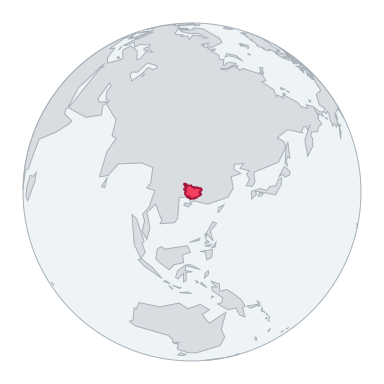 Guangxi highlighted on a globe, orthographic projection, rotated 32°
{"feature_id": "CHN-1152", "entity_name": "Guangxi", "entity_type": "Autonomous Region", "adm_level": 1, "iso_a3": "CHN", "parent_name": "China", "parent_adm1": "", "projection": "orthographic", "projection_center": [108.679, 23.706], "detail": "fine", "context": "on_globe", "style": "filled", "palette": "rose", "viewbox_px": 384, "rotation_deg": 32, "n_neighbors": 0, "source": "natural_earth", "source_scale": "10m", "svg_char_len": 15073}
<svg xmlns="http://www.w3.org/2000/svg" viewBox="0 0 384 384"><g transform="rotate(32 192 192)"><circle cx="192" cy="192" r="169" fill="#eef3f6" stroke="#a8b0b8"/><path d="M345.8,255.7L345.5,256.7L345.4,256.9L345.8,255.7ZM279.9,47.7L271.3,44.2L271.7,48.7L277.4,53.4L271.8,50.3L286.4,61.8L290.2,68.6L282.4,59.1L279.0,56.9L279.8,60.3L276.5,58.7L275.0,59.7L270.9,57.8L266.7,52.9L264.0,51.8L264.7,54.3L261.1,54.3L260.4,50.7L254.0,50.6L245.8,43.6L247.2,37.4L239.2,33.8L231.6,28.5L228.9,28.1L224.3,26.6L219.4,25.8L219.4,25.5L215.5,25.2L216.5,25.6L215.1,25.7L212.3,25.4L211.8,24.8L213.1,24.9L211.5,24.6L212.4,24.6L210.4,24.4L210.1,24.1L206.3,24.1L202.6,23.6L203.5,23.5L208.8,23.9L212.1,24.2L224.0,26.1L235.7,28.8L247.2,32.3L258.5,36.7L269.4,41.8L279.9,47.7ZM351.1,135.5L349.8,132.3L350.2,133.1L351.1,135.5ZM349.2,131.3L349.6,132.2L349.3,131.6L349.2,131.3ZM349.1,131.5L349.2,131.4L349.3,131.9L349.1,131.5ZM349.2,132.2L349.1,131.7L349.1,131.9L349.2,132.2ZM348.7,132.3L348.5,132.2L348.3,131.4L348.7,132.3ZM279.9,48.2L278.1,47.0L281.6,48.9L281.6,49.0L279.9,48.2ZM282.3,57.3L281.4,55.6L283.4,57.9L282.3,57.3ZM275.5,60.2L276.8,61.3L275.5,61.3L275.5,60.2ZM268.0,58.6L265.4,58.6L267.3,57.7L268.0,58.6ZM209.7,24.0L209.5,23.9L209.1,23.9L209.7,24.0ZM263.4,58.1L257.3,58.8L259.7,61.0L249.5,55.4L258.1,56.4L260.0,54.8L260.9,56.8L263.4,58.1ZM218.0,25.9L216.8,25.4L220.3,26.2L218.0,25.9ZM220.6,26.4L233.4,29.6L233.7,30.5L229.3,29.1L231.8,30.9L225.6,29.7L222.9,28.5L223.9,28.1L220.8,28.1L220.6,26.4ZM244.8,52.5L242.7,52.1L244.1,51.6L244.8,52.5ZM214.8,25.8L217.4,26.2L217.8,27.0L212.8,26.4L214.2,26.3L214.8,25.8ZM235.4,32.1L234.9,32.7L229.7,31.9L228.8,32.2L225.5,29.8L235.4,32.1ZM212.7,26.0L210.2,26.1L207.4,25.6L212.3,25.5L212.7,26.0ZM220.0,27.6L220.0,28.0L218.4,27.5L220.0,27.6ZM196.3,24.2L199.3,24.3L199.8,24.7L196.3,24.2ZM209.4,26.2L210.4,26.4L210.9,26.7L208.7,26.7L209.4,26.2ZM222.1,29.6L220.1,29.2L223.2,30.5L219.5,30.2L217.9,28.8L217.0,29.3L215.9,29.2L215.9,28.2L222.1,29.6ZM208.1,27.5L204.9,26.1L199.1,25.6L198.5,25.1L207.9,26.1L208.1,27.5ZM212.7,28.0L209.7,27.6L210.5,27.1L213.0,27.1L212.7,28.0ZM217.5,30.6L223.6,31.4L223.7,31.7L217.5,30.6ZM206.3,27.4L207.1,27.8L205.8,27.4L206.3,27.4ZM213.9,29.6L216.0,29.8L216.1,30.1L213.9,29.6ZM207.0,28.6L205.9,28.0L207.6,27.9L207.0,28.6ZM210.0,29.1L209.6,29.6L208.8,28.2L211.0,29.1L210.0,29.1ZM213.6,29.9L214.4,30.2L212.7,29.8L213.6,29.9ZM201.2,29.5L199.8,27.8L203.5,27.5L204.4,29.1L201.2,29.5ZM61.9,84.2L59.4,89.5L58.1,91.9L53.1,97.8L46.1,114.4L50.2,110.9L49.3,123.0L52.1,127.6L62.7,116.0L58.1,108.1L62.7,100.5L70.7,101.4L75.5,109.2L77.4,106.5L78.9,96.9L84.6,94.5L79.9,93.4L78.4,96.9L75.4,96.6L76.6,93.4L78.6,92.5L78.4,89.4L69.1,95.1L66.6,99.4L63.4,95.6L58.8,102.5L56.3,103.8L63.1,92.7L65.9,89.8L74.6,76.6L71.3,79.2L62.9,92.0L63.5,90.0L59.0,94.4L62.9,89.5L73.0,75.6L73.1,73.0L66.6,78.8L80.7,64.9L77.9,67.7L81.6,64.7L89.5,58.1L87.3,60.3L89.9,58.4L88.6,60.3L93.5,58.4L93.3,60.2L101.7,55.6L102.7,56.1L97.4,58.5L93.6,61.5L93.7,66.8L95.6,66.7L101.1,63.5L100.5,65.7L105.7,62.0L109.0,64.1L109.5,58.6L115.9,55.5L121.4,55.0L123.6,53.2L114.6,54.0L111.0,55.4L107.7,58.0L97.9,61.7L96.4,60.9L107.1,53.7L106.2,52.0L114.9,47.9L133.7,47.0L138.3,49.2L132.1,59.0L127.3,60.0L127.1,56.7L121.3,62.5L124.6,60.7L124.1,62.8L130.1,60.9L130.0,62.4L136.0,58.4L136.5,60.0L132.7,62.4L142.1,61.8L145.0,64.9L147.2,64.1L148.7,62.4L151.3,67.8L152.8,67.1L152.5,64.9L155.3,62.1L161.2,59.5L161.8,61.5L159.7,62.7L156.3,68.6L150.8,72.0L151.6,72.6L156.6,70.2L160.7,62.9L164.1,60.8L162.8,64.1L163.5,62.7L165.4,62.4L167.8,64.0L169.5,60.4L189.3,55.3L195.9,58.5L192.6,61.7L207.0,61.9L213.4,66.5L213.1,64.4L219.8,63.8L217.9,62.2L218.2,61.2L234.6,60.1L238.9,61.8L245.6,59.9L245.5,58.9L242.7,57.5L249.5,55.4L259.7,61.0L259.5,62.8L266.0,65.5L264.7,69.5L266.6,74.4L261.4,77.8L263.3,81.8L265.7,82.5L270.1,88.8L271.1,100.3L260.0,87.9L256.4,72.3L257.0,78.1L253.8,76.1L252.1,77.8L252.7,82.3L254.7,83.2L240.0,88.5L235.5,100.8L243.2,100.5L247.9,104.7L249.5,121.0L234.0,142.5L240.0,150.2L240.2,155.2L234.6,158.0L234.2,150.7L228.7,147.9L229.3,143.7L220.2,146.5L220.6,140.6L213.3,146.1L215.8,151.0L223.7,150.3L217.2,158.2L224.9,167.0L225.5,177.1L211.6,194.2L197.8,198.8L196.9,201.9L191.6,197.9L184.2,203.6L193.9,222.1L193.5,227.2L181.7,235.9L181.5,232.1L167.5,221.5L164.6,233.3L175.2,244.4L178.9,256.2L170.6,251.8L166.9,241.3L162.0,237.2L163.5,226.9L159.7,210.6L151.4,212.5L152.2,206.2L145.8,192.0L133.9,194.0L114.8,207.1L111.9,222.7L105.5,228.1L98.5,202.8L99.4,186.8L94.4,186.7L89.3,171.0L73.3,163.1L73.2,158.5L69.7,158.8L66.5,152.3L67.3,144.9L64.4,143.5L62.7,162.9L66.2,164.6L72.2,160.4L70.9,166.8L74.3,174.6L62.4,184.9L42.3,186.0L44.2,173.8L48.6,135.7L50.6,132.8L50.8,132.4L51.1,131.6L47.6,136.0L49.7,129.0L43.2,153.7L40.4,163.4L42.0,186.5L40.9,187.6L42.6,193.2L52.5,195.4L51.7,199.2L44.7,213.5L34.3,228.3L37.9,245.7L40.9,258.7L39.3,262.1L44.4,273.1L44.2,273.9L47.5,279.6L41.6,269.0L36.4,257.8L32.0,246.3L28.5,234.6L25.8,222.6L24.0,210.4L23.2,198.1L23.2,185.8L24.0,173.6L25.8,161.4L28.5,149.4L32.0,137.6L36.4,126.1L41.6,115.0L47.6,104.3L54.4,94.0L61.9,84.2ZM76.7,125.0L82.1,129.7L86.4,119.7L88.8,120.8L89.4,117.2L86.7,118.9L89.0,109.5L93.8,109.1L96.6,105.3L94.9,103.6L85.8,106.1L82.3,119.3L78.2,121.6L76.7,125.0ZM105.4,47.9L102.7,49.7L100.0,51.2L100.4,50.3L104.4,48.0L105.4,47.9ZM99.6,52.1L110.1,46.1L110.3,46.8L108.4,47.4L107.5,48.5L104.2,49.7L94.2,56.9L91.1,58.7L93.5,55.2L94.4,55.1L96.9,53.1L99.6,52.1ZM136.5,33.4L141.0,32.0L135.5,35.3L131.9,36.4L132.0,35.2L136.4,33.3L136.5,33.4ZM196.4,23.1L198.5,23.2L197.0,23.2L196.4,23.1ZM188.1,23.1L194.5,23.1L193.5,23.1L194.2,23.1L199.6,23.6L208.9,24.5L208.7,25.1L206.1,25.2L203.8,25.1L204.7,24.7L201.0,24.8L200.5,24.2L197.7,24.2L187.4,23.3L189.3,23.2L181.1,23.4L181.8,23.3L188.1,23.1ZM169.1,24.6L172.5,24.3L171.7,24.8L175.1,24.3L175.8,24.5L172.8,24.9L177.8,24.6L177.6,24.9L182.7,25.6L190.0,25.5L192.1,26.0L189.1,26.2L193.2,26.6L189.0,27.5L190.3,28.0L187.5,29.5L181.0,30.1L183.0,30.6L180.9,32.2L175.5,33.1L177.4,31.6L170.0,33.8L169.5,32.3L168.7,32.7L166.2,32.0L161.7,32.0L162.2,31.3L160.2,31.7L158.5,31.4L156.0,31.7L156.1,30.7L153.0,31.1L154.8,30.4L149.4,31.4L153.4,30.3L151.6,30.2L148.7,31.4L155.3,27.2L155.1,27.1L169.1,24.6ZM200.3,29.9L192.5,30.4L188.4,30.0L195.0,27.4L194.4,26.9L198.5,25.8L204.3,26.5L202.6,26.7L202.3,27.1L200.6,26.7L201.8,27.4L199.4,27.8L199.7,28.5L197.1,28.4L200.3,29.9ZM59.8,90.8L59.4,92.1L59.5,93.3L56.7,96.3L59.8,90.8ZM66.5,81.2L66.6,81.7L62.6,86.0L63.1,84.9L66.5,81.2ZM70.1,78.5L66.9,81.4L68.9,79.1L70.1,78.5ZM97.9,58.9L98.4,59.4L97.1,60.3L95.2,61.1L97.9,58.9ZM153.5,41.0L155.2,39.8L156.2,39.8L162.0,38.1L162.8,39.3L159.7,40.8L153.5,41.0ZM60.0,116.9L57.2,118.0L57.6,116.1L58.5,116.1L60.0,116.9ZM55.3,106.5L54.8,110.5L54.6,107.3L55.3,106.5ZM155.4,42.0L157.6,41.1L156.6,42.3L155.4,42.0ZM163.7,40.1L163.2,41.4L163.6,39.2L163.7,40.1ZM120.6,342.6L124.1,344.4L122.0,343.8L120.6,342.6ZM53.4,267.2L57.3,286.5L53.6,283.7L49.6,276.3L45.9,263.6L49.0,262.9L49.6,258.0L53.4,267.2ZM221.8,283.6L226.9,284.2L226.7,284.9L221.8,283.6ZM216.4,281.2L222.3,281.4L215.4,282.7L216.4,281.2ZM224.6,281.5L230.5,280.1L233.1,279.0L232.6,280.4L224.6,281.5ZM212.4,281.2L190.8,280.2L182.3,277.8L184.3,275.4L198.1,276.9L212.4,281.2ZM183.6,275.3L170.6,266.9L153.1,243.0L159.3,244.2L177.7,259.4L176.6,261.6L184.4,268.0L183.6,275.3ZM215.2,263.3L213.9,270.0L202.0,269.1L196.6,267.7L192.8,258.8L194.9,254.5L199.3,254.8L216.6,240.0L222.7,243.9L217.3,250.3L222.3,256.4L215.2,263.3ZM112.5,224.4L115.7,234.7L112.3,235.4L112.5,224.4ZM223.7,229.2L216.7,236.0L223.1,226.9L223.7,229.2ZM227.6,220.6L228.0,224.1L225.2,220.7L227.6,220.6ZM196.6,206.8L191.9,207.3L191.9,204.8L197.8,202.6L196.6,206.8ZM225.9,185.8L225.7,193.2L224.8,195.7L222.7,191.2L225.9,185.8ZM165.9,54.0L156.9,54.8L151.0,56.9L148.6,60.0L148.1,56.2L157.2,53.0L165.9,54.0ZM186.3,54.8L188.4,52.4L190.1,53.6L189.8,54.2L186.3,54.8ZM185.8,53.3L183.5,50.4L186.3,49.2L187.6,51.7L185.8,53.3ZM169.1,45.3L166.3,45.3L167.2,44.3L169.1,45.3ZM306.1,316.4L306.7,316.0L301.9,320.3L295.7,325.3L291.1,328.6L306.1,316.4ZM266.3,337.7L267.4,334.5L273.5,332.8L269.9,336.3L266.3,337.7ZM310.3,312.5L314.7,307.9L317.6,303.8L315.6,307.0L317.5,305.1L307.8,315.1L310.3,312.5ZM247.5,326.3L214.5,335.7L207.5,334.8L209.7,331.5L204.3,320.9L206.7,321.2L205.8,313.7L225.6,306.6L239.9,293.0L250.3,293.2L258.6,282.9L269.2,282.6L265.6,290.6L276.2,294.2L284.5,276.1L289.7,293.1L296.6,297.6L297.2,307.3L280.6,326.5L272.1,331.2L271.0,330.2L267.4,332.4L262.5,332.7L260.7,328.1L257.1,330.2L261.1,325.9L255.6,330.0L253.5,327.0L247.5,326.3ZM322.5,281.4L323.8,281.4L325.3,283.3L323.4,283.7L322.5,281.4ZM342.5,261.5L342.7,262.4L341.6,263.7L342.5,261.5ZM345.4,256.9L344.0,258.6L345.8,255.7L345.4,256.9ZM330.6,268.5L331.1,269.2L330.6,269.9L330.6,268.5ZM330.1,268.3L331.1,266.2L330.8,268.0L330.1,268.3ZM324.6,261.2L325.5,259.9L325.8,260.5L324.6,261.2ZM234.4,284.1L241.6,278.9L245.5,278.3L234.4,284.1ZM323.5,259.6L321.4,260.1L321.6,259.0L323.5,259.6ZM323.7,257.2L323.6,255.9L324.7,258.7L323.7,257.2ZM319.8,255.3L322.3,257.0L319.5,255.7L319.8,255.3ZM318.2,256.1L316.3,255.5L316.5,255.0L318.2,256.1ZM296.0,263.1L303.2,270.0L297.2,271.0L290.6,267.0L285.1,272.7L272.9,273.4L275.8,270.1L274.2,265.5L261.4,264.8L258.8,261.9L263.4,259.5L254.9,257.6L264.2,255.5L268.0,261.6L273.3,256.1L282.2,256.4L290.9,257.3L297.7,260.9L296.0,263.1ZM264.1,269.5L265.8,269.4L264.3,271.4L264.1,269.5ZM312.7,253.0L315.4,255.4L315.1,256.2L313.7,256.1L312.7,253.0ZM299.2,259.5L306.6,252.9L308.3,252.6L303.4,259.5L299.2,259.5ZM304.9,249.8L308.2,249.9L310.0,252.5L309.3,253.4L304.9,249.8ZM245.0,264.8L244.6,266.6L242.2,265.3L245.0,264.8ZM248.2,263.6L255.6,265.2L247.5,265.2L248.2,263.6ZM225.7,257.9L227.9,262.2L234.8,259.4L229.5,263.3L234.1,270.2L232.5,272.8L227.9,265.4L226.3,273.1L223.2,273.0L221.6,266.4L224.7,258.2L227.7,254.8L240.1,253.3L225.7,257.9ZM248.2,258.5L246.2,253.6L247.7,250.2L249.8,252.8L248.2,258.5ZM240.4,241.7L235.1,235.9L230.4,238.2L239.9,229.9L243.4,236.8L240.4,241.7ZM235.9,228.9L231.4,230.9L236.0,226.1L235.9,228.9ZM230.3,229.0L229.8,224.8L233.3,225.4L230.3,229.0ZM238.2,229.0L239.0,222.0L240.8,226.1L238.2,229.0ZM228.2,215.6L235.8,222.3L226.0,219.5L225.4,205.9L229.6,205.6L228.2,215.6ZM250.6,160.5L249.5,156.7L253.2,155.7L252.9,158.6L250.6,160.5ZM264.3,150.3L253.8,154.2L245.2,157.9L248.0,159.6L246.3,166.2L242.0,160.2L247.9,152.9L254.4,151.4L255.2,145.9L259.9,142.2L258.5,135.5L260.5,132.6L263.7,138.3L264.3,150.3ZM257.6,132.8L256.9,121.3L264.1,122.7L265.8,125.6L263.1,130.1L259.5,129.0L257.6,132.8ZM258.9,119.1L255.4,118.1L247.0,102.0L247.0,99.1L257.1,111.4L254.4,111.2L255.2,115.1L258.9,119.1ZM243.4,53.1L242.7,52.2L244.6,53.0L243.4,53.1ZM217.0,60.4L217.8,59.2L219.9,60.0L217.0,60.4ZM221.2,56.3L218.3,56.2L221.1,55.5L221.2,56.3ZM211.8,56.4L217.0,55.8L212.4,57.6L211.8,56.4Z" fill="#d9dde1" stroke="#a8b0b8" stroke-width="1"/><path d="M183.8,193.9L183.5,193.8L183.5,193.4L183.7,193.1L183.8,193.0L183.9,192.8L184.1,192.8L184.3,192.5L184.6,192.6L184.8,192.6L185.1,192.5L185.2,191.9L185.1,191.6L185.3,191.5L185.2,191.3L185.2,191.1L184.8,190.9L184.8,190.7L184.5,190.8L184.4,191.0L184.2,191.0L183.9,190.9L183.7,190.6L183.4,190.9L182.9,190.6L182.9,190.8L182.6,190.6L182.6,190.1L182.4,189.8L182.0,189.8L181.8,189.7L181.4,189.6L181.4,190.0L181.0,189.7L180.8,189.3L180.8,189.0L180.9,188.8L181.0,188.8L181.4,189.1L181.6,189.0L181.7,188.9L181.9,188.7L182.2,188.7L182.3,188.4L182.4,188.2L182.6,188.1L182.9,188.3L183.2,188.2L183.3,188.3L183.4,188.5L183.5,188.6L184.0,188.7L184.3,189.0L184.5,188.9L184.9,189.2L185.0,189.0L185.3,188.8L185.4,188.6L185.3,188.2L185.7,188.2L186.1,188.0L186.4,187.8L186.6,187.6L187.2,187.6L187.3,187.4L187.5,187.4L187.6,187.1L187.5,186.9L187.6,186.7L188.0,186.6L188.4,186.8L188.6,187.0L188.6,187.3L188.8,187.3L188.8,187.5L189.1,187.4L189.3,187.5L189.5,187.5L189.9,187.7L190.1,187.6L190.4,187.6L190.5,187.5L190.5,187.4L190.5,187.0L190.9,186.7L191.0,186.6L191.3,186.7L191.5,186.9L191.8,187.3L191.8,187.1L191.7,187.0L191.7,186.9L191.8,186.8L191.9,186.7L192.0,186.4L192.3,186.6L192.7,186.6L192.9,186.7L193.0,186.6L192.9,186.4L193.0,186.1L192.8,186.1L192.5,186.3L192.5,186.2L192.7,185.9L193.1,185.8L193.2,186.0L193.3,185.9L193.5,186.0L193.8,185.6L193.9,185.3L194.1,185.1L194.3,185.1L194.6,185.3L194.6,185.5L194.9,185.5L194.9,185.4L194.9,185.2L195.1,185.1L195.3,184.7L195.7,184.8L195.6,185.0L195.9,185.1L196.2,185.3L196.3,185.2L196.4,184.8L196.6,184.7L196.8,184.7L197.0,184.2L197.3,184.2L197.4,184.4L197.8,184.4L198.0,184.0L198.8,184.3L198.7,185.3L198.8,185.5L199.0,185.4L199.4,185.4L199.4,185.5L199.1,185.9L199.0,186.0L199.0,186.4L199.0,186.6L198.9,186.9L198.8,187.0L198.6,187.0L198.5,187.3L198.5,187.5L198.2,187.7L198.1,188.1L198.2,188.3L198.3,188.4L198.5,188.0L198.9,187.7L199.0,187.8L199.2,187.7L199.3,187.8L199.4,188.1L199.4,188.3L199.4,188.5L199.5,188.7L199.4,189.1L199.6,189.2L199.8,189.0L199.9,188.8L200.0,188.7L200.3,188.8L200.7,188.7L200.9,188.8L200.7,189.0L200.7,189.3L200.9,189.4L200.9,189.6L201.1,190.0L200.8,190.2L200.7,190.2L200.6,190.4L200.7,191.0L200.5,191.3L200.4,191.5L200.0,191.5L199.9,191.8L199.9,192.0L199.5,192.2L199.5,192.4L199.3,192.7L199.3,193.0L199.3,193.4L199.3,193.6L199.4,193.8L199.3,194.0L199.3,194.3L199.0,194.6L198.8,194.8L198.5,194.8L198.4,195.1L198.2,195.1L197.8,195.2L197.8,195.3L197.6,195.3L197.6,195.6L197.4,195.6L197.5,195.7L197.5,195.9L197.7,196.1L197.4,196.3L197.4,196.5L197.2,196.5L196.9,196.6L196.7,196.4L196.6,196.6L196.6,197.0L196.6,197.3L196.2,197.4L195.9,197.3L195.5,197.4L195.4,198.0L195.1,198.1L194.9,198.1L194.9,198.4L195.0,198.5L194.9,198.6L194.7,198.4L194.7,198.1L194.6,198.3L194.6,198.1L194.4,198.0L194.4,197.9L194.5,197.8L194.4,197.7L194.2,197.9L194.3,198.0L194.2,198.0L194.3,198.0L194.2,198.0L194.3,198.1L194.5,198.3L194.4,198.4L194.3,198.5L194.2,198.6L193.8,198.6L193.7,198.7L193.4,198.7L193.3,198.8L193.0,198.7L193.3,198.5L193.3,198.2L193.1,198.2L192.9,198.2L192.7,198.2L192.5,197.8L192.7,197.7L192.5,197.8L192.5,197.6L192.3,197.6L192.5,197.8L192.4,197.9L192.3,197.7L192.3,197.8L192.4,198.0L192.5,198.1L192.3,198.1L192.2,198.2L192.2,197.9L192.2,198.0L192.1,197.9L191.9,197.8L192.0,197.8L191.9,197.8L192.0,197.6L191.9,197.6L191.9,197.8L191.8,197.7L191.7,197.7L191.9,197.4L191.7,197.3L191.7,197.2L191.6,197.3L191.5,197.5L191.4,197.4L191.5,197.2L191.4,197.3L191.5,197.7L191.5,197.8L191.4,197.8L191.5,197.9L191.4,197.9L191.5,197.9L191.5,198.0L191.6,197.9L191.6,198.0L191.7,197.9L191.7,198.0L191.5,198.3L191.5,198.2L191.4,198.2L191.4,198.3L191.2,198.3L191.3,198.2L191.3,198.3L191.4,198.1L191.3,197.9L191.2,198.0L191.1,197.9L191.0,198.0L190.9,198.2L191.0,198.3L190.9,198.4L190.7,198.5L190.8,198.2L190.7,198.1L190.6,198.3L190.3,198.3L190.1,198.4L190.2,198.5L190.4,198.5L190.2,198.6L189.6,198.1L189.4,198.0L189.2,198.1L188.9,198.2L188.7,198.2L188.4,198.2L188.1,197.8L187.9,197.8L187.6,197.6L187.4,197.6L187.5,197.3L187.4,197.2L187.2,197.2L186.8,197.1L186.7,197.0L186.5,196.7L186.4,196.4L186.5,196.3L186.4,196.1L186.2,196.0L186.1,195.7L186.3,195.2L186.5,195.3L186.7,194.8L186.9,194.7L186.7,194.6L186.5,194.4L186.4,194.5L186.3,194.3L186.1,194.3L185.4,194.5L185.3,194.4L185.3,194.2L185.1,194.1L184.7,194.1L184.4,194.2L184.3,194.3L184.1,194.0L183.8,193.9Z" fill="#f43f5e" stroke="#9f1239" stroke-width="1.5"/></g></svg>